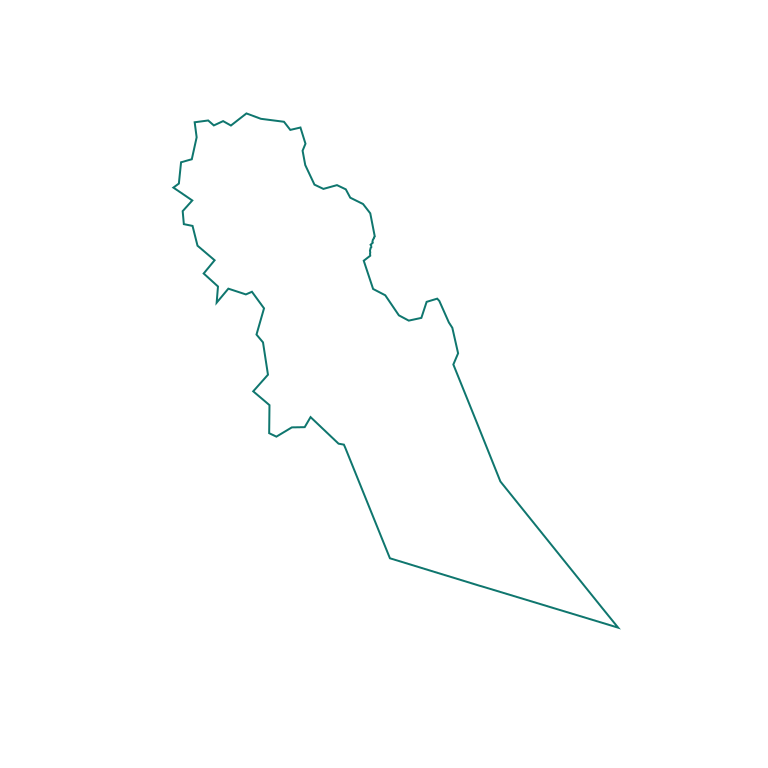 Weber, Utah, United States of America (Robinson projection), rotated 248°
{"feature_id": "52423323B66213372759254", "entity_name": "Weber", "entity_type": "district", "adm_level": 2, "iso_a3": "USA", "parent_name": "United States of America", "parent_adm1": "Utah", "projection": "robinson", "projection_center": [-111.761, 41.253], "detail": "fine", "context": "isolated", "style": "outline", "palette": "teal", "viewbox_px": 768, "rotation_deg": 248, "n_neighbors": 0, "source": "geoboundaries", "source_scale": "gbopen_adm2", "svg_char_len": 1220}
<svg xmlns="http://www.w3.org/2000/svg" viewBox="0 0 768 768"><g transform="rotate(248 384 384)"><path d="M645.0,262.3L626.0,275.0L619.7,262.1L607.2,258.3L602.3,265.7L582.1,262.9L562.2,273.3L554.0,258.2L536.6,266.6L522.1,259.3L530.7,275.4L518.8,289.5L519.0,296.1L499.1,301.1L477.6,284.3L467.9,287.4L436.1,279.9L426.2,260.0L407.3,269.9L381.4,259.1L375.5,264.5L378.3,282.3L373.7,294.3L380.8,303.5L345.7,319.5L342.8,324.1L339.2,324.2L220.2,324.2L160.6,397.7L160.6,397.8L70.4,509.8L94.9,502.3L250.0,455.4L313.6,455.6L344.5,455.6L346.8,455.6L376.1,455.6L384.7,464.2L410.5,468.4L416.7,467.2L440.3,466.4L443.2,465.3L444.2,454.3L431.3,443.4L433.5,430.7L442.1,423.5L465.8,418.4L476.2,409.5L505.9,411.4L508.1,419.3L509.9,419.8L511.3,420.6L512.8,420.9L515.2,422.6L515.5,423.4L516.9,423.9L518.1,423.7L519.2,426.5L520.1,426.5L522.0,427.8L522.9,429.3L523.7,429.6L524.2,430.7L547.4,435.2L558.7,432.0L569.4,422.5L578.8,421.5L586.0,414.9L587.6,400.9L594.9,394.2L616.5,393.0L630.8,395.9L636.2,401.2L653.1,402.6L654.7,392.3L664.6,389.5L676.0,369.2L686.4,357.8L681.0,338.9L688.0,333.3L687.5,323.1L694.2,319.7L697.6,306.5L682.9,302.7L664.4,290.0L665.6,278.9L646.7,268.9L645.0,262.3Z" fill="none" stroke="#0f766e" stroke-width="2"/></g></svg>